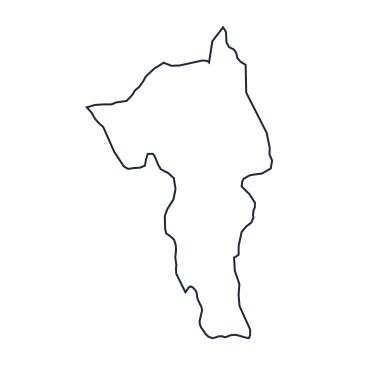 the Province of Agri, rotated 78°
{"feature_id": "TUR-2307", "entity_name": "Agri", "entity_type": "Province", "adm_level": 1, "iso_a3": "TUR", "parent_name": "Turkey", "parent_adm1": "", "projection": "robinson", "projection_center": [43.45, 39.496], "detail": "fine", "context": "isolated", "style": "outline", "palette": "slate", "viewbox_px": 384, "rotation_deg": 78, "n_neighbors": 0, "source": "natural_earth", "source_scale": "10m", "svg_char_len": 1622}
<svg xmlns="http://www.w3.org/2000/svg" viewBox="0 0 384 384"><g transform="rotate(78 192 192)"><path d="M346.6,166.6L346.5,167.3L345.7,169.5L341.0,178.4L340.4,180.8L340.1,183.6L340.4,186.0L340.9,188.3L340.8,190.3L339.4,192.4L338.7,196.2L339.2,199.5L339.2,202.6L336.8,206.1L334.1,208.0L326.8,211.1L323.6,211.8L320.0,211.5L310.2,206.9L306.8,206.6L299.2,208.5L295.9,208.8L292.8,208.5L290.5,208.5L288.4,209.3L285.5,211.0L284.0,213.1L284.8,215.2L288.6,219.3L268.6,224.4L263.2,223.5L260.8,222.6L252.4,221.9L245.5,219.7L240.2,218.9L234.8,219.5L230.7,222.5L227.1,225.9L222.2,225.9L209.9,223.6L203.6,219.7L195.4,211.7L185.7,207.5L174.7,206.9L168.6,211.3L163.2,217.8L158.5,219.4L150.1,220.9L146.6,222.2L145.5,227.3L150.8,230.3L156.4,232.5L157.4,237.8L156.5,243.8L156.1,249.8L152.7,253.4L136.2,259.8L110.0,265.3L105.2,268.9L100.1,271.7L93.4,273.8L87.3,277.3L86.7,268.5L88.0,259.9L89.4,253.2L89.3,250.5L88.6,248.2L89.3,237.0L84.3,229.9L80.7,226.6L78.3,221.9L74.0,217.1L69.5,213.2L63.6,203.6L59.7,192.8L64.3,185.8L65.7,177.7L65.5,154.3L67.0,149.7L68.9,148.4L48.8,140.8L37.4,127.4L42.4,125.5L53.0,127.2L58.1,125.5L61.2,121.5L64.5,120.1L66.4,119.8L70.1,119.9L74.8,117.4L78.7,113.1L106.1,118.3L149.5,106.7L164.9,106.8L171.4,108.4L177.9,107.1L185.4,110.1L188.5,119.9L187.8,128.1L187.7,132.2L189.8,138.7L192.0,140.6L196.9,142.3L205.9,136.4L215.5,132.7L220.0,133.7L221.9,135.1L226.7,137.1L229.5,137.1L234.1,140.2L237.3,146.6L241.5,151.8L254.2,157.5L263.1,159.5L264.1,161.9L264.9,164.5L278.0,166.5L292.0,164.8L302.6,167.9L313.5,169.2L338.7,163.7L344.3,165.0L346.5,166.6L346.6,166.6Z" fill="none" stroke="#1e293b" stroke-width="2"/></g></svg>